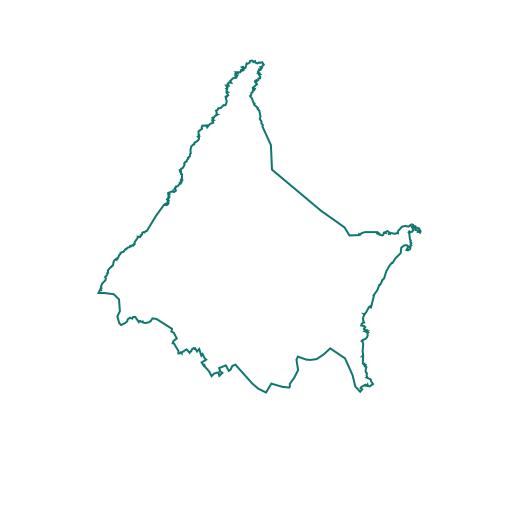 Lanao del Sur, Lanao del Sur, Philippines (Natural Earth projection), rotated 239°
{"feature_id": "2640588B65127685102762", "entity_name": "Lanao del Sur", "entity_type": "district", "adm_level": 2, "iso_a3": "PHL", "parent_name": "Philippines", "parent_adm1": "Lanao del Sur", "projection": "natural_earth1", "projection_center": [124.133, 7.782], "detail": "fine", "context": "isolated", "style": "outline", "palette": "teal", "viewbox_px": 512, "rotation_deg": 239, "n_neighbors": 0, "source": "geoboundaries", "source_scale": "gbopen_adm2", "svg_char_len": 6146}
<svg xmlns="http://www.w3.org/2000/svg" viewBox="0 0 512 512"><g transform="rotate(239 256 256)"><path d="M311.6,109.9L309.3,107.0L308.1,107.1L307.8,105.7L306.5,105.6L307.0,104.3L305.4,102.0L302.4,106.9L296.5,114.4L289.3,116.2L278.8,110.9L275.7,106.1L269.0,104.2L266.3,104.8L265.9,109.3L266.3,111.8L267.8,113.5L267.9,116.4L266.1,117.6L267.0,119.3L266.0,121.1L259.8,121.5L260.3,122.2L259.9,123.3L258.7,123.7L258.2,125.2L257.2,124.9L255.5,126.7L254.4,130.0L254.5,132.4L255.8,135.1L253.4,138.2L236.8,146.5L234.8,144.6L232.5,146.0L226.1,145.6L225.7,141.5L224.1,139.6L223.2,140.6L214.6,140.6L212.4,139.3L211.8,140.9L212.1,141.9L211.0,142.2L211.6,142.5L211.7,148.4L207.3,149.2L208.0,150.0L207.6,151.3L209.0,153.0L209.2,155.2L208.1,155.4L208.1,156.3L204.5,156.3L205.5,159.4L198.7,157.8L199.5,159.7L194.7,159.3L192.8,159.9L192.8,154.6L188.7,154.7L188.9,155.6L187.7,155.2L180.8,156.4L175.9,156.0L176.8,159.6L175.6,163.9L172.2,162.9L173.1,167.0L175.7,165.9L178.9,166.7L177.8,173.8L171.5,173.5L171.7,175.8L174.0,179.1L173.4,182.4L148.7,187.1L141.1,189.6L133.8,194.3L138.7,203.4L130.2,211.3L126.1,216.7L126.7,217.9L128.9,219.0L131.8,225.8L136.5,233.3L146.3,237.3L148.2,240.1L141.4,245.6L138.9,249.1L136.4,254.8L136.8,263.6L138.6,272.0L122.5,279.6L104.2,277.4L92.9,273.9L86.0,275.4L87.1,278.4L89.0,277.6L89.5,279.0L89.3,283.2L88.5,283.1L88.4,284.2L87.8,284.3L88.3,285.3L87.0,284.9L85.7,286.3L86.0,290.3L88.7,290.1L91.2,290.7L94.9,288.2L94.9,288.9L96.4,289.2L98.5,290.7L99.4,290.3L101.6,291.0L103.9,293.4L105.0,292.6L106.0,293.7L106.3,292.7L107.5,293.3L107.4,292.5L108.9,292.2L115.0,296.3L115.4,295.4L115.9,296.8L119.6,298.4L125.2,302.5L127.9,303.4L129.2,302.0L128.5,303.1L129.2,304.2L128.5,306.5L129.0,309.0L130.5,311.0L132.8,311.9L132.8,312.5L134.1,311.5L134.2,312.8L135.6,310.7L135.8,312.2L136.5,311.4L137.6,311.4L137.7,310.1L138.8,313.0L140.5,312.4L142.2,310.4L143.4,311.6L143.7,313.7L144.4,313.1L143.5,314.3L146.3,314.9L148.7,316.8L149.8,318.7L150.7,318.5L150.1,319.2L151.0,321.1L151.7,320.9L151.0,321.4L154.0,326.4L152.9,327.8L154.9,328.1L153.2,328.6L161.3,336.7L161.3,335.7L164.2,342.4L167.7,346.8L167.4,347.7L170.2,352.1L169.9,351.5L170.3,351.5L170.8,354.2L175.7,359.7L179.2,366.0L180.2,368.9L179.7,369.4L182.2,374.3L183.9,381.4L188.4,384.9L188.7,388.6L187.6,390.8L185.7,391.5L183.6,388.1L182.6,389.1L182.6,391.7L183.6,392.6L184.8,392.2L185.1,394.5L186.2,394.4L187.0,395.8L188.4,395.4L189.6,396.7L190.6,396.4L196.5,399.0L197.8,399.0L198.2,400.1L196.8,400.7L196.5,402.2L197.1,404.3L200.7,404.5L198.7,406.7L196.0,406.3L194.5,407.9L193.4,407.1L193.1,408.1L191.5,408.6L192.2,409.7L195.8,410.0L198.1,407.6L199.4,407.9L200.2,406.6L201.7,406.8L203.0,405.6L202.7,401.6L205.0,399.4L205.9,396.0L204.1,390.4L202.4,389.4L203.1,388.8L203.3,386.7L205.9,383.9L206.5,381.4L207.0,381.8L206.4,382.2L207.3,382.5L209.6,381.6L209.9,379.0L208.9,379.0L210.1,377.6L208.6,376.0L208.5,375.0L210.8,372.7L211.4,373.2L212.3,372.0L212.8,372.8L213.9,372.3L213.8,371.6L214.3,371.7L220.3,361.8L221.2,358.3L220.6,356.4L221.7,355.7L220.9,354.9L225.5,346.7L235.0,346.6L261.1,335.1L321.8,314.2L343.4,325.9L363.5,328.2L364.8,329.3L366.8,328.9L368.5,330.0L371.3,329.8L373.3,331.7L378.9,333.7L381.4,333.1L381.8,333.9L386.7,332.3L387.5,333.3L388.6,332.7L393.2,333.7L396.2,333.3L396.5,334.7L398.3,336.3L398.2,337.5L399.6,338.7L399.1,339.9L399.9,341.1L400.8,339.6L401.8,339.8L402.7,345.2L403.3,344.9L404.6,345.6L405.4,344.8L406.5,345.4L406.6,346.8L405.5,346.9L405.7,348.6L406.9,349.5L406.2,351.1L407.7,352.0L410.2,351.9L409.9,352.8L411.5,351.9L411.4,352.8L412.2,352.3L413.2,352.8L413.3,354.1L414.2,354.6L413.3,355.5L413.4,356.3L414.1,356.3L414.1,357.3L415.5,357.1L414.8,358.7L416.0,359.9L416.0,361.2L418.9,361.1L419.5,358.8L420.4,358.3L420.3,356.4L422.2,355.1L423.5,355.5L423.6,353.6L425.3,353.6L426.3,351.4L425.1,350.3L425.1,347.8L425.9,347.2L422.7,343.8L423.1,342.4L424.8,342.4L425.1,341.1L422.4,341.9L421.7,340.9L422.0,339.6L422.7,340.0L423.2,339.1L421.6,337.2L423.8,333.5L421.9,334.0L422.8,332.1L421.2,331.1L420.1,332.6L419.0,330.8L420.2,327.8L419.3,324.0L417.2,324.0L418.7,321.9L418.2,320.5L416.1,320.3L417.5,318.2L414.9,318.3L414.8,316.7L413.8,317.0L412.2,315.5L410.9,316.2L411.1,315.0L408.0,314.9L408.3,311.2L407.4,312.7L406.8,311.5L403.7,310.6L402.2,309.1L401.0,307.5L402.0,306.0L401.0,301.6L402.1,299.8L401.0,298.3L401.2,296.6L399.1,296.2L397.8,295.0L397.0,295.8L397.1,292.5L396.4,291.3L396.9,290.0L395.4,289.8L395.6,289.0L395.1,288.7L394.1,289.3L394.3,288.2L392.3,288.0L392.9,284.4L391.5,280.6L393.1,281.1L393.0,280.3L393.8,280.1L394.7,278.1L395.3,278.5L394.9,277.8L395.4,277.2L394.3,275.7L392.8,275.2L392.5,271.0L390.1,269.5L389.3,269.7L389.0,269.1L388.0,269.2L388.1,267.6L386.8,268.0L385.6,267.4L384.7,265.1L384.8,261.6L383.5,260.5L383.9,259.7L383.2,256.9L380.6,254.4L377.5,252.8L377.2,251.8L375.5,250.6L375.2,248.2L374.4,248.2L373.7,246.1L372.7,245.1L373.1,244.0L372.3,242.1L371.3,242.0L369.5,239.4L369.1,238.1L369.4,236.8L368.5,235.9L368.9,234.8L367.4,234.3L366.9,235.1L364.9,234.0L364.2,234.7L360.6,232.5L360.3,231.6L359.8,231.9L359.6,230.8L358.5,231.3L358.4,230.3L357.8,230.0L358.2,229.4L358.0,228.4L356.9,228.6L357.1,227.5L356.2,224.9L356.8,223.1L356.2,222.8L356.0,221.3L355.4,220.7L355.1,221.3L353.3,221.0L353.0,219.1L354.4,218.4L353.8,218.0L354.6,217.1L355.3,213.2L354.6,212.8L354.3,213.5L353.7,212.7L353.2,213.4L351.9,211.4L351.2,211.1L350.9,211.7L350.1,210.1L350.7,210.0L350.3,208.9L348.7,209.6L348.6,208.7L347.3,208.5L347.7,207.9L347.2,207.4L347.1,208.4L346.4,207.9L346.7,207.2L345.9,207.4L345.6,206.2L346.2,205.0L346.6,205.9L347.3,205.5L347.3,203.6L342.0,191.1L333.7,175.4L334.1,174.3L333.6,172.6L334.3,172.2L334.5,170.6L333.2,169.5L333.2,167.9L332.6,167.9L331.9,166.3L333.5,164.6L332.7,164.3L330.3,159.0L328.8,158.2L329.1,157.4L328.5,157.1L328.8,156.4L328.2,155.8L329.1,154.5L328.7,153.7L329.4,153.2L328.7,152.2L329.3,150.0L328.6,148.2L329.1,147.6L327.9,144.7L328.5,141.6L327.4,140.6L327.5,139.6L325.6,137.0L325.6,135.9L324.8,135.7L324.5,134.6L325.6,133.9L324.9,131.5L321.6,128.5L321.7,127.2L321.0,126.4L321.3,125.5L319.9,121.6L317.8,120.6L317.9,119.6L316.5,118.7L315.7,115.8L314.2,115.8L312.8,114.5L311.6,109.9Z" fill="none" stroke="#0f766e" stroke-width="2"/></g></svg>